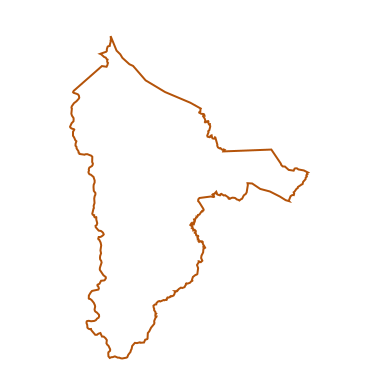 outline of Guemon, Dix-Huit Montagnes, Ivory Coast, rotated 176°
{"feature_id": "98640826B22329502030217", "entity_name": "Guemon", "entity_type": "district", "adm_level": 2, "iso_a3": "CIV", "parent_name": "Ivory Coast", "parent_adm1": "Dix-Huit Montagnes", "projection": "albers", "projection_center": [-7.319, 7.029], "detail": "fine", "context": "isolated", "style": "outline", "palette": "amber", "viewbox_px": 384, "rotation_deg": 176, "n_neighbors": 0, "source": "geoboundaries", "source_scale": "gbopen_adm2", "svg_char_len": 5996}
<svg xmlns="http://www.w3.org/2000/svg" viewBox="0 0 384 384"><g transform="rotate(176 192 192)"><path d="M262.3,353.2L262.2,350.0L262.7,348.6L262.6,347.6L263.6,345.0L263.8,343.5L265.5,343.2L266.1,342.7L267.0,340.4L267.1,338.7L267.8,337.9L274.0,336.2L273.0,335.7L270.2,332.8L268.7,332.1L267.8,330.5L267.0,330.0L267.5,328.8L267.5,327.7L266.8,326.6L267.3,325.7L267.4,324.8L268.5,322.9L273.1,323.9L302.9,301.2L303.7,299.9L303.2,299.2L300.0,297.9L298.8,297.2L298.1,296.0L297.9,293.9L298.5,292.9L300.9,290.6L303.6,288.8L306.0,285.8L306.4,284.4L306.0,283.7L306.9,278.5L306.4,276.5L305.0,274.0L305.0,272.8L305.3,270.8L307.3,269.0L309.1,265.6L308.9,264.9L307.8,263.8L305.3,262.8L305.1,262.4L306.5,260.4L306.8,256.4L305.8,254.7L304.8,251.8L303.8,250.7L304.8,248.2L305.0,246.3L304.1,245.1L304.1,243.5L302.4,240.5L302.4,239.1L301.7,238.6L301.6,237.8L296.5,236.7L295.8,237.1L293.7,237.0L289.9,235.2L289.0,234.1L289.5,228.9L288.9,227.3L289.2,226.0L290.0,224.9L292.7,223.5L293.4,221.9L293.3,220.4L293.8,219.5L293.9,218.5L293.1,216.9L291.7,216.3L289.2,213.9L288.3,210.2L288.5,208.2L289.6,206.0L289.9,203.8L289.9,200.0L288.4,197.7L288.6,196.0L289.4,194.6L290.0,192.3L290.0,187.8L291.1,185.0L291.0,182.8L291.4,182.3L293.0,177.3L292.6,176.2L291.2,175.7L291.3,174.4L290.9,173.6L290.5,173.4L289.4,173.7L289.2,173.5L289.4,171.2L288.7,167.5L289.4,165.7L290.6,165.0L290.5,163.6L287.8,160.0L285.6,159.5L284.3,158.4L283.5,157.4L283.0,155.9L283.5,155.2L285.5,153.9L286.9,153.5L288.2,153.6L288.8,152.0L288.6,151.3L287.9,150.9L286.7,148.0L286.3,145.1L287.4,140.1L287.0,137.2L288.1,134.6L288.4,132.7L288.3,131.1L287.4,129.7L287.1,127.9L289.1,123.0L289.4,121.4L289.3,120.6L286.2,115.2L284.0,113.2L283.9,112.1L285.0,110.4L285.9,109.9L288.9,109.8L290.7,106.9L292.7,106.1L292.9,105.2L292.6,104.6L292.1,104.3L291.6,102.4L292.2,101.2L298.6,100.3L300.0,98.9L302.1,95.9L302.4,93.0L302.1,92.6L301.1,92.4L299.7,91.2L297.7,88.3L296.8,85.9L296.6,84.4L297.4,81.7L297.2,80.2L296.5,79.2L295.5,78.6L293.4,76.1L293.3,74.5L294.0,73.1L295.6,72.3L296.8,70.9L298.5,70.2L301.7,70.1L303.9,70.7L305.6,70.6L306.1,70.2L306.4,68.7L305.8,66.7L305.8,64.0L305.3,63.3L304.0,62.4L302.3,62.4L302.1,61.2L298.5,56.3L296.8,56.2L295.2,57.2L293.2,57.7L291.9,54.1L290.2,53.9L288.5,52.2L287.3,50.2L287.9,47.0L287.2,45.6L286.1,44.5L284.6,40.8L284.8,39.3L286.6,37.9L286.8,36.6L286.8,33.9L285.6,32.2L284.1,32.8L282.7,32.8L280.4,33.4L277.5,31.9L276.3,31.9L274.6,31.1L273.3,30.8L269.0,31.3L268.1,31.7L266.9,34.1L264.5,36.8L264.0,38.4L263.2,39.6L262.4,42.6L259.5,45.5L257.4,45.1L254.5,45.7L254.1,45.2L250.4,45.2L249.0,47.9L246.9,48.4L246.6,48.8L245.9,54.4L244.4,55.9L242.3,59.5L238.9,63.1L238.6,64.3L238.8,64.9L238.6,66.2L237.1,69.2L236.3,69.8L236.1,70.3L237.1,70.4L237.2,71.9L236.2,73.2L236.9,73.6L236.9,74.9L238.0,76.7L237.9,78.3L238.3,79.3L238.4,81.2L238.1,81.5L236.7,82.4L235.5,82.4L235.1,83.8L233.4,85.2L232.1,85.5L231.4,85.0L227.8,86.2L227.1,85.9L225.8,86.3L224.9,86.1L224.6,86.4L224.5,87.5L223.8,88.5L222.6,88.2L221.1,89.2L220.9,88.9L220.5,89.1L220.4,89.5L220.1,89.7L219.3,89.4L217.6,90.0L216.6,91.5L216.3,92.7L215.2,93.6L215.9,94.2L214.5,94.1L213.6,94.8L213.4,94.5L212.0,96.1L209.7,97.4L208.5,96.9L206.1,97.6L205.1,99.3L204.7,99.6L204.4,101.0L203.9,101.3L202.9,100.9L200.4,101.6L198.8,103.1L198.2,103.2L197.8,103.5L198.1,104.6L197.0,107.2L194.2,109.1L193.2,109.2L192.4,109.8L191.2,115.7L192.1,118.8L190.2,121.5L190.2,122.4L189.5,122.2L189.0,121.5L188.1,121.4L186.5,122.7L187.5,125.5L187.0,127.8L185.1,131.0L184.6,134.4L182.8,135.5L183.5,137.0L184.1,136.5L184.5,136.6L184.0,137.8L184.8,139.6L184.8,141.5L185.5,142.1L186.2,141.6L186.8,142.3L187.2,142.4L188.4,141.7L189.0,142.6L188.6,143.8L189.0,144.7L189.5,144.6L189.4,145.3L189.7,145.8L189.1,146.9L189.6,147.1L189.2,147.9L190.8,148.5L191.2,151.3L192.1,151.2L192.1,151.4L191.3,151.9L190.9,152.7L192.0,154.1L193.4,153.6L193.5,155.0L194.5,155.9L193.9,156.2L194.2,156.6L194.0,157.4L196.0,159.2L194.8,160.8L194.1,159.7L193.2,159.4L192.5,159.5L192.2,160.4L193.1,160.6L193.1,161.3L192.7,161.7L191.4,162.1L191.0,163.3L191.1,163.6L191.8,163.9L191.9,164.5L190.6,164.7L189.9,166.0L189.3,166.2L189.2,167.1L188.6,166.8L188.1,167.3L187.6,168.7L186.2,168.9L184.2,171.5L183.1,171.8L183.1,172.5L182.0,172.7L181.6,173.4L181.9,174.5L185.4,181.1L186.5,182.5L186.2,184.3L185.3,185.2L185.0,185.5L173.4,186.2L171.0,185.5L170.5,185.6L170.3,185.7L170.5,186.7L171.7,188.0L171.0,188.5L170.6,188.2L170.0,188.5L167.8,190.6L167.4,189.4L168.2,189.1L166.8,187.7L164.3,186.7L163.9,187.0L163.7,187.8L162.9,188.1L160.5,186.3L159.2,186.5L155.8,183.8L156.1,183.2L155.9,182.8L154.8,182.5L153.2,183.3L151.8,183.5L150.1,183.2L149.3,182.9L147.7,181.4L146.5,181.0L145.3,180.2L144.0,181.2L142.5,181.8L140.7,184.8L139.8,185.6L138.7,186.1L137.5,187.8L135.8,195.1L136.0,196.9L131.4,196.3L123.7,190.3L114.3,187.1L104.6,181.3L99.1,177.3L95.8,176.1L96.1,176.5L93.9,181.0L92.5,181.8L91.5,182.0L90.7,181.8L90.2,183.2L90.6,184.6L89.7,185.2L87.5,187.9L86.3,188.5L86.0,189.6L82.8,191.4L82.4,191.8L81.2,192.1L80.4,194.4L77.8,196.9L77.6,198.4L76.4,199.4L76.8,200.3L76.7,200.9L75.7,201.5L76.0,202.1L75.9,202.8L74.9,203.3L78.9,205.7L84.3,207.1L85.7,208.3L87.0,208.4L88.0,208.2L89.1,206.2L94.0,207.3L97.5,210.9L99.8,211.2L101.2,213.0L101.4,214.1L109.9,228.8L158.0,230.3L157.7,231.0L156.6,231.8L157.5,232.3L157.9,232.0L158.8,232.1L159.5,232.5L160.5,233.8L161.5,233.6L163.0,234.7L163.6,236.4L163.4,237.4L164.9,244.7L165.2,244.9L165.6,243.8L166.2,243.6L167.8,244.1L168.2,245.1L168.5,247.2L169.6,246.8L170.1,245.6L170.6,245.4L172.6,246.1L172.9,247.1L171.3,250.6L171.6,251.5L170.4,252.5L169.3,255.8L169.2,256.5L169.6,257.1L169.4,258.4L170.4,258.4L170.6,258.8L170.6,259.4L171.1,260.2L170.7,261.3L170.9,261.6L171.9,261.5L173.3,260.6L174.1,260.6L174.3,260.9L173.7,262.1L174.2,264.3L175.7,266.9L175.4,267.4L174.2,267.3L174.5,268.6L175.1,269.0L177.4,269.4L179.3,270.7L179.2,271.1L178.1,271.7L177.8,273.9L177.4,274.6L187.5,281.2L211.9,293.6L230.5,306.6L242.0,321.9L245.5,323.8L252.1,330.7L253.9,334.3L257.4,338.3L262.3,353.2Z" fill="none" stroke="#b45309" stroke-width="2"/></g></svg>